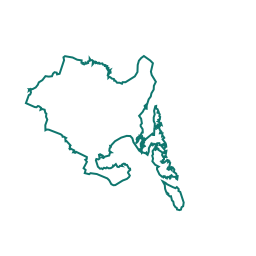 Albay, Albay, Philippines, rotated 47°
{"feature_id": "2640588B82697045094820", "entity_name": "Albay", "entity_type": "district", "adm_level": 2, "iso_a3": "PHL", "parent_name": "Philippines", "parent_adm1": "Albay", "projection": "robinson", "projection_center": [123.87, 13.255], "detail": "fine", "context": "isolated", "style": "outline", "palette": "teal", "viewbox_px": 256, "rotation_deg": 47, "n_neighbors": 0, "source": "geoboundaries", "source_scale": "gbopen_adm2", "svg_char_len": 5949}
<svg xmlns="http://www.w3.org/2000/svg" viewBox="0 0 256 256"><g transform="rotate(47 128 128)"><path d="M97.6,65.6L93.8,65.7L86.2,67.3L85.8,70.5L86.2,74.1L88.5,77.9L93.5,82.9L94.9,87.8L92.8,98.6L90.8,100.7L91.5,102.2L89.1,103.3L87.5,105.1L84.6,105.0L84.0,105.8L82.5,104.9L80.9,106.1L78.8,106.3L77.9,106.9L77.9,108.1L76.8,107.0L75.7,107.0L74.9,105.7L75.5,105.3L75.1,104.4L75.7,103.0L74.9,102.4L74.0,103.7L73.4,101.6L72.9,103.3L71.4,102.0L71.3,103.1L69.9,102.8L70.0,101.5L68.8,102.0L68.4,101.1L67.0,102.5L66.5,101.7L64.6,103.1L63.3,102.7L61.8,104.8L61.0,104.6L60.6,105.6L60.1,105.2L58.7,107.2L57.9,106.3L56.9,106.8L57.3,110.4L55.1,107.8L53.8,108.0L53.2,109.1L51.1,108.7L52.7,110.2L52.1,111.8L53.3,112.8L52.5,114.5L50.4,114.0L51.8,115.2L51.6,116.7L50.0,117.4L49.6,116.6L48.5,117.5L46.9,115.8L43.4,118.6L38.7,120.4L32.5,125.1L32.3,127.0L34.8,128.5L41.7,141.1L40.4,143.3L38.9,142.4L37.1,143.7L37.1,145.7L38.3,148.3L36.4,150.9L33.8,153.0L34.6,158.0L33.8,162.1L34.9,164.5L35.4,167.8L34.5,171.2L32.2,173.8L32.8,173.8L32.4,174.1L32.9,174.8L32.9,174.1L33.4,174.6L34.4,173.9L35.8,174.7L36.8,176.7L36.3,178.1L40.2,185.7L49.1,181.9L50.4,180.8L50.5,178.9L51.4,178.3L53.9,177.8L55.0,179.5L55.6,177.8L57.8,176.5L60.5,178.1L61.8,177.9L63.9,180.3L66.8,181.3L69.5,186.5L73.3,189.9L73.7,188.4L75.3,187.0L86.7,181.5L88.6,181.2L89.8,181.8L90.5,180.9L93.0,180.1L92.9,181.1L95.1,182.7L95.5,181.9L101.5,181.9L101.6,183.0L102.6,183.4L103.1,184.9L104.0,185.0L104.6,183.8L107.5,182.7L108.3,184.5L108.9,183.5L109.6,183.9L110.3,183.3L110.0,182.2L121.2,177.9L122.5,179.3L122.1,180.9L124.7,181.1L127.1,187.9L129.8,187.6L131.5,190.4L135.3,187.9L135.5,186.2L140.4,182.2L150.8,177.5L153.5,177.4L157.7,178.5L159.9,177.7L161.1,176.2L162.8,167.7L164.5,163.5L164.6,160.7L164.0,159.1L160.7,158.5L160.1,157.3L160.2,155.0L159.1,154.2L158.2,154.9L154.3,153.9L152.9,155.2L152.1,154.7L151.1,155.5L150.7,157.3L151.4,157.8L150.9,158.6L151.5,158.5L150.3,159.5L150.3,161.3L149.2,162.2L146.1,161.5L146.1,164.1L145.3,164.5L146.1,165.6L145.6,168.0L144.3,169.6L142.4,170.3L142.4,171.7L140.7,172.7L140.7,174.6L139.5,174.9L138.7,176.2L135.8,176.4L129.7,173.5L129.1,172.3L130.8,171.1L131.0,169.6L128.0,167.6L129.1,166.8L128.3,166.7L128.2,166.3L131.1,165.3L132.0,166.3L132.4,166.2L132.5,166.0L132.1,166.9L133.2,166.4L133.2,164.4L135.3,160.5L133.7,157.9L134.5,156.8L132.0,157.3L130.3,155.3L130.3,153.8L130.0,153.3L129.9,153.8L129.2,153.4L129.8,153.1L129.2,151.9L128.8,146.5L130.4,139.5L132.9,134.3L135.5,131.8L138.5,131.8L142.1,133.7L150.8,135.0L151.3,134.2L152.1,134.5L152.0,131.4L151.6,130.9L151.4,131.6L150.3,131.2L148.1,129.4L147.4,127.2L148.4,127.4L148.6,126.8L147.2,126.3L147.2,125.4L144.0,125.1L143.3,128.3L144.1,128.7L144.6,130.1L144.7,132.7L143.8,130.0L142.2,129.5L141.4,128.1L141.6,125.8L142.6,125.2L141.6,124.6L142.3,124.2L141.1,122.0L140.8,120.9L141.3,120.5L141.7,121.2L141.3,120.2L138.8,118.1L135.3,117.5L134.4,116.7L134.1,114.7L130.2,112.1L126.7,111.6L126.2,106.1L125.2,103.4L125.5,102.0L123.2,100.8L123.3,97.9L126.2,101.0L125.7,101.8L126.6,101.2L124.4,99.1L121.1,93.3L120.5,89.9L118.6,87.2L117.4,83.0L114.8,80.3L113.2,76.1L105.4,74.5L102.4,72.8L97.6,65.6ZM174.2,119.4L173.0,122.0L171.0,121.5L170.0,120.0L168.9,119.6L164.6,120.7L164.0,120.0L161.6,120.6L160.7,119.6L160.2,120.6L161.5,121.8L162.8,121.7L162.8,122.9L161.2,123.3L161.7,125.8L164.3,127.6L164.7,129.1L167.5,130.6L169.0,132.9L173.4,133.2L177.2,131.9L176.9,133.9L178.1,135.0L183.5,136.7L187.0,136.3L187.5,135.0L188.3,135.5L188.5,134.2L188.7,134.3L188.6,135.0L188.8,134.2L190.3,134.3L190.5,133.1L191.2,133.4L190.9,132.6L191.9,131.4L193.6,131.7L193.5,130.8L191.9,130.4L192.2,128.4L193.9,128.7L196.3,126.6L198.0,127.3L199.1,127.0L197.0,124.4L196.0,125.0L194.3,123.9L191.5,124.4L189.9,122.4L187.3,122.2L186.3,122.8L188.5,124.7L186.8,124.7L186.4,126.7L184.8,127.1L184.2,125.5L185.3,124.4L184.6,124.6L182.3,121.0L181.5,121.2L180.7,120.4L179.9,120.5L179.9,121.3L179.3,120.5L178.7,120.8L179.2,121.0L178.2,122.0L177.9,125.2L177.3,126.4L176.1,126.9L175.4,126.3L176.0,125.9L175.4,126.1L175.9,124.9L175.2,124.3L175.5,123.2L173.9,121.5L175.3,119.7L174.2,119.4ZM151.3,129.3L151.5,128.1L151.6,129.3L152.0,128.0L152.7,128.1L152.1,129.9L153.3,133.6L152.8,135.1L153.8,134.9L153.5,134.0L154.2,133.6L155.7,134.8L155.8,133.9L158.4,132.5L158.5,131.4L159.8,132.2L161.0,132.0L159.5,129.0L157.0,126.5L155.4,121.8L156.2,122.0L156.1,121.2L157.5,121.5L157.3,119.8L158.7,119.2L159.1,117.0L160.5,115.4L162.2,116.3L163.2,115.3L164.6,110.9L159.8,110.4L159.9,108.2L158.1,107.9L157.5,108.9L155.3,106.3L153.6,108.3L152.9,107.1L153.1,106.1L150.9,106.0L148.5,104.7L148.3,105.5L148.1,105.0L147.4,105.5L147.3,105.3L147.1,105.4L147.2,106.1L146.1,107.5L147.3,108.3L146.3,109.0L150.9,113.7L150.1,114.5L148.8,114.1L148.3,122.5L146.1,123.7L147.7,124.5L147.3,123.7L148.5,124.1L147.9,125.3L149.6,126.1L150.0,128.2L149.6,128.7L151.1,131.2L150.5,129.1L151.3,129.3ZM207.3,132.6L204.5,132.6L204.4,134.3L202.1,135.4L195.8,137.8L193.5,138.0L192.3,138.7L191.7,138.6L190.7,139.0L194.8,140.0L197.7,142.3L200.8,143.7L203.6,143.3L204.3,143.9L203.9,144.3L206.5,144.1L207.2,143.1L210.9,145.2L212.7,145.1L215.6,146.9L218.3,147.3L219.6,146.8L221.0,147.7L223.2,146.3L223.8,144.9L222.5,142.9L222.8,141.0L220.5,138.1L210.4,133.4L208.4,134.0L207.3,132.6ZM131.1,92.4L130.7,93.2L133.3,97.3L136.2,99.1L137.8,102.0L140.4,104.4L143.0,105.3L144.8,107.2L146.3,105.7L146.0,105.0L146.6,104.3L146.0,103.9L146.7,103.5L146.6,102.7L148.0,102.7L147.5,101.9L148.7,101.4L146.8,100.5L145.9,101.9L144.9,101.1L143.6,101.6L143.9,100.3L142.7,100.1L143.3,98.8L141.8,96.9L140.6,97.0L139.7,95.5L138.2,95.2L136.9,96.0L136.5,95.4L136.9,94.5L134.4,93.6L132.8,94.2L131.1,92.4ZM166.3,111.7L164.7,113.3L165.5,113.3L164.3,114.4L164.0,115.8L168.4,116.0L167.3,114.0L167.8,112.8L166.3,111.7ZM170.9,115.5L170.4,116.4L170.1,119.0L172.7,117.9L170.9,115.5ZM143.9,123.4L144.0,124.9L144.0,124.4L144.3,125.0L145.6,124.3L143.9,123.4ZM160.8,118.3L160.2,118.1L160.4,119.3L160.8,118.3Z" fill="none" stroke="#0f766e" stroke-width="2"/></g></svg>